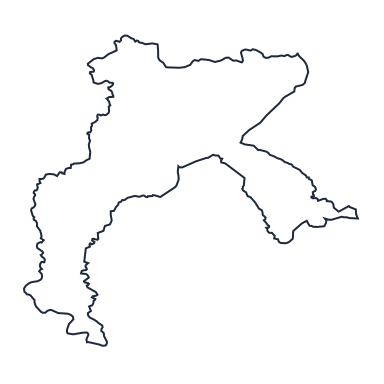 outline of Filomeno Mata, Puebla, Mexico, rotated 91°
{"feature_id": "50627088B66549226075892", "entity_name": "Filomeno Mata", "entity_type": "district", "adm_level": 2, "iso_a3": "MEX", "parent_name": "Mexico", "parent_adm1": "Puebla", "projection": "robinson", "projection_center": [-97.693, 20.213], "detail": "fine", "context": "isolated", "style": "outline", "palette": "slate", "viewbox_px": 384, "rotation_deg": 91, "n_neighbors": 0, "source": "geoboundaries", "source_scale": "gbopen_adm2", "svg_char_len": 5958}
<svg xmlns="http://www.w3.org/2000/svg" viewBox="0 0 384 384"><g transform="rotate(91 192 192)"><path d="M276.5,340.9L279.2,340.4L281.1,340.9L282.4,341.9L283.9,344.8L284.8,350.3L285.8,353.0L288.6,356.5L291.5,358.3L294.7,357.8L295.9,356.2L297.1,355.5L297.5,353.2L298.2,351.7L302.8,347.6L305.3,347.5L309.0,346.1L314.6,340.7L315.4,338.8L315.2,336.5L313.2,334.3L312.4,331.9L312.5,330.4L315.4,323.6L315.8,314.9L316.1,313.1L317.2,310.7L318.9,308.8L321.4,308.4L326.0,312.6L331.4,314.5L334.0,314.6L335.5,313.9L336.4,308.4L334.6,298.9L334.3,294.8L335.1,293.6L336.6,293.1L341.1,295.0L344.1,294.4L343.9,292.8L346.2,281.7L347.1,279.6L347.3,277.8L346.9,275.6L345.2,274.6L343.3,274.4L337.5,277.5L334.7,277.7L332.5,280.2L330.7,280.2L328.9,279.0L327.0,279.4L324.7,283.2L322.9,285.2L320.9,288.5L319.8,291.2L318.4,292.9L316.7,293.9L314.8,293.9L312.8,291.0L308.2,292.9L307.0,289.7L304.6,288.6L302.4,288.5L301.6,287.2L300.6,286.8L299.1,290.2L298.0,289.5L297.4,286.2L296.4,284.7L293.8,286.3L289.2,294.8L287.4,295.6L286.6,294.0L285.6,293.4L284.8,294.6L284.3,297.7L283.1,298.5L279.4,293.7L278.0,294.2L276.4,295.6L275.8,296.8L275.4,301.5L272.9,300.9L272.2,299.0L271.9,296.6L270.9,295.7L268.1,297.3L266.6,296.6L264.9,294.6L263.6,298.5L250.2,297.2L248.4,293.1L246.2,293.6L245.1,292.8L246.1,291.2L244.8,288.9L243.6,288.7L242.3,291.0L240.7,290.8L240.5,289.9L241.4,285.7L240.6,284.9L234.6,285.5L232.4,279.9L227.5,278.5L225.8,273.4L221.9,271.8L216.0,272.9L212.6,272.9L212.2,269.7L208.4,267.7L206.0,265.5L204.3,265.3L203.6,264.7L203.0,262.8L201.2,261.6L201.4,260.3L201.1,259.1L198.9,256.2L196.9,248.9L197.7,244.6L196.3,240.8L196.4,239.8L197.6,238.3L197.9,236.4L197.0,236.0L196.7,231.6L195.8,231.1L196.2,228.1L197.6,223.7L187.9,209.6L186.2,207.8L180.0,205.6L176.5,205.7L172.1,206.6L166.5,206.1L167.5,205.1L167.6,202.2L161.3,188.7L157.7,178.3L157.6,176.6L154.4,171.6L155.1,169.4L155.1,166.2L158.0,164.3L158.2,162.4L160.3,163.5L161.9,163.3L162.8,159.3L177.1,139.7L184.5,140.3L185.8,141.2L187.4,141.3L187.9,141.8L189.5,141.0L191.5,137.9L195.1,136.4L196.1,133.5L201.3,128.7L207.6,124.7L208.8,122.1L210.8,121.2L213.6,120.9L216.3,117.9L217.9,118.3L219.0,119.7L222.0,116.9L223.6,115.9L224.6,114.3L225.6,114.3L226.3,115.0L226.5,117.0L227.5,116.2L229.6,115.8L231.2,114.5L231.5,113.7L231.4,111.4L234.5,108.5L237.0,109.0L237.8,105.2L240.3,104.3L241.4,102.4L241.6,97.2L240.4,94.2L236.9,90.4L229.3,90.1L221.5,81.6L218.8,76.8L223.3,74.2L223.9,73.1L223.8,71.8L224.6,70.4L224.8,66.6L223.9,59.1L220.6,57.5L218.3,57.1L216.2,58.7L217.3,54.9L217.3,52.0L214.1,41.7L214.6,39.9L214.6,36.5L215.3,34.3L215.6,25.7L211.5,27.5L206.6,27.9L204.2,34.2L203.3,34.9L209.1,45.0L205.2,49.9L202.1,50.4L199.9,51.6L199.0,53.1L198.8,57.1L197.6,57.2L196.4,58.3L196.7,60.9L198.6,65.8L196.7,66.4L195.9,67.9L196.2,70.9L195.8,71.9L195.2,72.6L194.6,72.5L194.6,71.2L193.9,70.0L192.9,70.2L192.3,71.0L190.0,71.2L188.7,68.8L187.3,68.1L184.9,68.9L183.1,71.5L178.4,72.4L177.6,73.4L177.2,75.0L175.4,75.5L175.5,77.0L174.9,77.8L173.6,78.2L171.0,82.2L168.0,84.7L165.1,90.9L164.5,91.7L163.4,92.1L162.6,93.2L162.2,95.4L161.5,96.4L160.2,100.2L158.7,101.8L157.6,104.0L156.7,107.3L154.9,110.6L153.4,115.0L152.0,115.9L150.3,118.4L148.9,124.3L148.9,126.6L144.6,131.1L143.5,140.0L141.8,144.3L138.9,142.9L135.1,142.2L128.9,135.7L121.5,124.9L114.2,118.9L101.6,106.1L96.9,102.6L95.2,100.6L89.7,91.5L86.3,91.1L84.8,90.1L83.0,83.4L81.3,81.3L70.1,77.9L64.1,79.3L61.4,80.5L58.6,82.6L54.5,87.0L52.3,88.6L51.0,88.7L52.6,89.4L53.5,90.2L54.3,91.6L55.1,94.4L55.2,95.2L53.3,98.5L53.3,99.4L54.5,102.0L54.0,105.1L54.9,108.8L54.9,115.1L56.4,118.0L56.6,120.6L55.5,122.8L52.9,123.8L51.9,124.9L48.9,130.5L48.2,133.7L49.6,135.8L48.7,139.9L48.7,141.9L50.1,144.7L51.8,145.5L57.4,143.8L59.7,143.4L61.3,144.1L61.5,144.8L59.7,150.0L60.0,153.0L56.9,158.0L57.3,160.7L60.0,165.3L61.6,171.3L59.7,177.4L59.1,184.6L59.1,185.5L60.8,187.9L60.0,191.6L61.3,193.5L64.9,196.0L67.3,201.5L68.0,207.0L67.8,218.7L67.6,220.1L63.3,223.0L61.0,226.6L58.5,228.1L50.4,228.4L45.0,229.0L44.1,234.2L45.1,241.0L43.8,244.5L43.5,246.9L42.8,248.1L42.0,248.3L41.5,249.8L42.6,251.3L40.0,253.1L39.3,255.5L36.9,259.3L36.7,262.1L38.4,264.7L39.9,265.7L41.7,265.7L43.1,267.1L42.1,270.4L43.0,272.0L44.5,272.1L46.6,270.5L51.8,269.8L55.6,277.9L59.2,282.4L60.0,284.3L59.5,288.5L60.9,292.6L65.6,298.4L66.9,298.2L69.1,295.2L70.1,293.2L72.0,292.0L73.5,292.6L73.7,295.9L74.9,296.2L75.6,295.9L76.4,294.5L82.4,292.5L84.2,292.3L85.5,288.0L85.4,286.9L84.5,283.9L82.8,281.3L82.2,279.4L82.7,278.1L84.1,276.3L84.3,273.3L84.7,272.8L86.1,273.0L87.7,274.5L88.8,276.2L88.7,277.4L89.4,277.6L90.8,277.1L92.3,274.5L93.8,273.6L96.4,273.0L97.4,272.2L98.2,272.3L98.6,276.7L100.1,279.0L101.0,277.8L102.0,277.5L103.1,276.4L105.2,276.0L106.8,275.2L108.0,276.7L113.0,276.3L114.4,276.8L116.4,279.1L116.7,280.6L116.1,282.4L117.1,284.4L116.2,286.2L116.3,287.4L117.1,288.0L118.5,288.1L119.5,287.5L121.8,288.0L123.9,290.4L125.4,293.5L127.3,293.1L129.4,294.2L132.3,293.8L133.3,294.3L134.1,294.8L134.2,296.8L134.9,297.6L135.6,297.7L136.7,295.8L140.2,295.9L142.5,294.8L146.1,296.0L149.1,295.7L153.7,294.4L160.6,295.0L161.9,297.9L164.2,300.9L165.3,305.1L165.6,310.5L166.5,311.7L166.7,313.3L170.1,313.7L170.2,316.0L171.1,318.4L174.0,319.7L176.2,319.8L175.6,322.1L174.8,322.2L174.5,324.5L178.4,327.2L176.9,330.0L176.4,334.5L177.1,338.4L180.5,340.1L181.2,340.8L181.7,342.9L181.6,344.7L183.8,344.6L185.7,343.7L187.1,347.0L190.5,346.3L192.0,346.8L193.0,347.3L193.2,349.2L195.0,350.3L195.8,350.2L197.2,348.8L198.0,348.7L199.9,350.0L202.0,350.3L207.1,348.3L208.6,348.8L210.2,350.2L211.3,352.1L213.2,352.6L218.8,350.7L220.0,349.2L221.1,349.9L222.5,349.7L223.6,347.6L225.7,346.5L229.2,346.3L233.5,343.0L238.9,341.6L240.9,342.4L242.8,339.4L245.2,341.5L244.8,342.7L246.2,345.6L248.7,346.2L250.6,345.7L254.4,340.2L255.4,339.8L257.3,341.2L257.7,342.1L259.1,341.2L261.0,338.6L262.2,338.0L264.5,338.3L264.9,338.7L264.5,341.2L266.7,342.6L268.9,342.7L270.3,342.1L271.6,340.8L272.1,342.1L273.9,343.4L276.5,340.9Z" fill="none" stroke="#1e293b" stroke-width="2"/></g></svg>